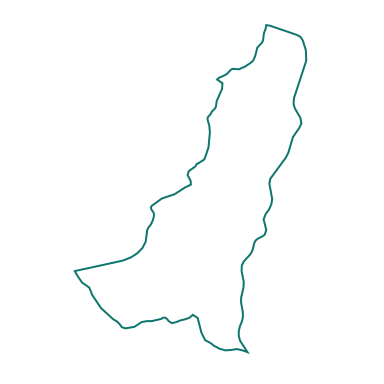 the border of Abkhazia, rotated 87°
{"feature_id": "GEO-3015", "entity_name": "Abkhazia", "entity_type": "Autonomous Republic", "adm_level": 1, "iso_a3": "GEO", "parent_name": "Georgia", "parent_adm1": "", "projection": "orthographic", "projection_center": [41.203, 42.991], "detail": "fine", "context": "isolated", "style": "outline", "palette": "teal", "viewbox_px": 384, "rotation_deg": 87, "n_neighbors": 0, "source": "natural_earth", "source_scale": "10m", "svg_char_len": 1923}
<svg xmlns="http://www.w3.org/2000/svg" viewBox="0 0 384 384"><g transform="rotate(87 192 192)"><path d="M56.4,70.9L66.7,71.0L103.5,85.2L109.4,86.0L114.1,84.8L123.8,79.8L129.3,79.2L133.6,81.5L134.9,82.5L142.4,88.3L157.7,93.7L162.6,96.5L183.0,113.2L187.6,114.3L203.3,112.3L208.4,113.4L213.2,115.8L217.9,119.6L223.1,121.9L233.8,119.8L238.4,121.6L239.8,123.6L241.9,128.4L243.3,130.5L245.5,132.2L253.3,134.6L257.3,137.0L264.0,143.9L268.1,146.1L273.6,146.6L284.6,145.0L290.1,145.6L299.9,148.4L304.6,148.8L315.1,147.5L319.5,147.7L323.9,148.9L328.6,151.2L333.4,152.6L338.2,152.8L343.0,151.8L354.8,145.0L352.8,149.9L351.2,155.3L351.8,161.2L351.9,166.9L349.9,172.8L346.9,177.8L343.5,181.8L340.7,186.6L332.8,190.0L318.2,192.9L317.0,194.4L314.7,197.6L317.4,201.0L318.7,205.3L319.6,210.2L319.8,210.9L321.1,214.5L321.9,219.0L319.6,222.2L317.7,223.4L316.1,225.2L316.0,227.4L317.1,229.3L318.8,238.8L318.6,244.1L319.3,249.2L323.6,256.5L324.2,261.4L324.7,265.4L323.4,269.1L320.7,270.8L317.6,273.4L315.2,277.0L315.0,277.3L303.1,289.0L290.0,296.8L289.6,297.0L282.1,299.6L280.0,302.2L276.7,306.5L270.9,310.1L269.2,311.0L265.6,312.8L264.8,313.1L256.9,264.8L254.2,256.6L250.3,249.8L245.3,244.4L239.1,240.8L227.5,238.7L225.1,237.3L222.6,235.0L219.0,233.0L215.1,231.5L212.1,231.1L210.3,231.6L207.3,233.5L205.3,233.9L203.7,232.9L196.9,222.4L193.4,209.7L187.1,198.7L184.6,192.7L180.8,192.8L174.9,195.5L171.1,194.2L166.6,187.3L164.0,185.6L163.9,184.6L160.4,178.4L159.4,177.6L148.4,173.2L133.3,171.0L126.3,171.3L121.4,172.5L119.6,172.7L117.8,172.0L114.9,169.1L113.4,168.4L112.7,167.9L110.2,165.1L108.8,164.0L107.4,163.5L102.6,162.6L90.6,156.6L85.0,155.9L81.0,161.0L79.5,159.3L77.3,153.7L76.0,151.0L72.6,147.5L71.1,145.3L71.9,138.7L69.6,132.6L66.3,127.0L64.0,124.0L59.3,121.7L51.2,119.2L46.4,114.2L44.2,113.1L37.3,111.9L32.7,109.9L29.2,109.1L30.0,105.5L40.6,79.1L42.6,75.8L46.2,73.5L56.4,70.9Z" fill="none" stroke="#0f766e" stroke-width="2"/></g></svg>